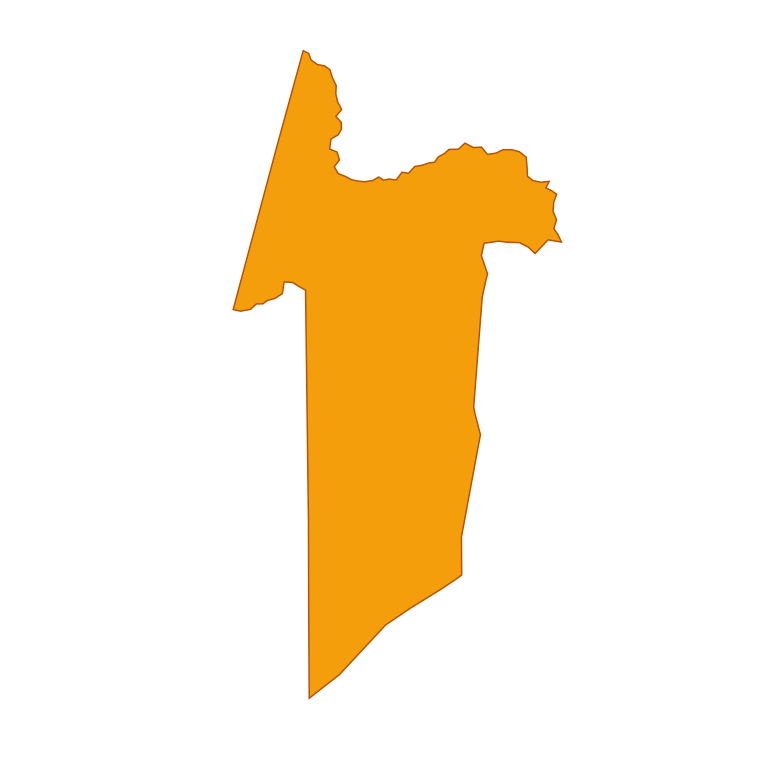 outline of Tufilândia, Maranhão, Brazil, rotated 7°
{"feature_id": "56859067B40819764900175", "entity_name": "Tufilândia", "entity_type": "district", "adm_level": 2, "iso_a3": "BRA", "parent_name": "Brazil", "parent_adm1": "Maranhão", "projection": "robinson", "projection_center": [-45.575, -3.771], "detail": "fine", "context": "isolated", "style": "filled", "palette": "amber", "viewbox_px": 768, "rotation_deg": 7, "n_neighbors": 0, "source": "geoboundaries", "source_scale": "gbopen_adm2", "svg_char_len": 1409}
<svg xmlns="http://www.w3.org/2000/svg" viewBox="0 0 768 768"><g transform="rotate(7 384 384)"><path d="M225.2,328.5L232.9,329.2L242.4,326.1L247.6,320.1L253.9,319.2L258.3,315.2L265.4,312.3L272.1,306.6L272.4,294.8L280.9,294.4L287.5,297.5L294.7,300.4L325.4,526.7L336.0,611.2L348.1,705.0L360.5,692.5L375.1,678.0L415.0,622.9L437.5,603.3L466.0,580.4L472.3,574.9L478.1,570.0L484.4,564.1L479.5,526.3L485.2,433.3L485.9,422.6L478.1,402.9L475.8,395.8L470.9,285.8L472.3,270.2L473.3,262.0L465.0,244.8L466.2,232.1L480.7,228.2L488.6,228.3L501.4,227.2L510.6,230.6L518.0,236.1L529.3,220.9L542.8,221.5L538.5,214.6L533.6,209.1L535.2,200.0L530.8,192.2L530.3,182.7L532.3,174.7L527.2,171.9L520.8,169.6L523.3,162.7L514.9,164.7L506.9,163.9L501.1,160.3L499.6,151.5L497.5,141.5L489.8,136.9L482.2,135.9L473.6,136.9L467.2,141.1L458.8,143.5L451.8,137.0L443.9,138.4L435.0,135.1L429.2,141.9L420.0,143.2L415.6,148.1L410.3,151.9L407.1,157.7L401.7,159.1L395.1,162.3L388.1,164.3L382.6,171.9L376.1,171.6L371.2,180.0L364.2,179.9L358.8,181.8L353.6,179.2L348.0,183.4L340.3,185.6L333.0,185.8L327.0,185.2L320.5,182.7L312.9,180.7L308.2,174.3L312.5,167.0L309.1,159.5L301.4,157.4L301.5,147.3L308.2,142.2L310.7,136.2L309.7,129.6L303.6,124.2L308.5,116.7L303.6,109.6L300.8,101.9L300.2,93.6L295.6,86.6L292.0,78.6L286.4,75.5L279.1,75.1L272.1,71.3L269.0,65.1L263.2,63.0L248.8,160.8L225.2,328.5Z" fill="#f59e0b" stroke="#b45309" stroke-width="1.5"/></g></svg>